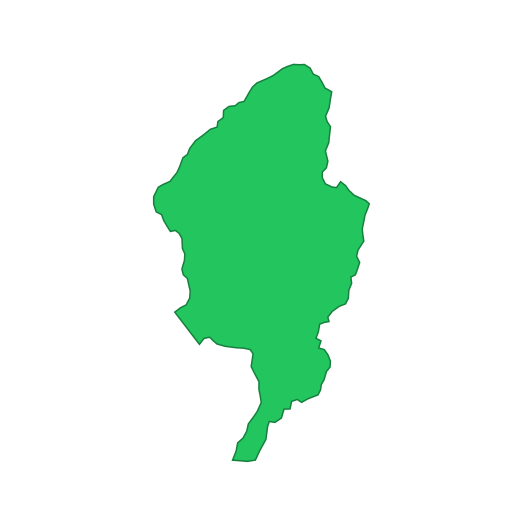 Ipeúna, São Paulo, Brazil, rotated 27°
{"feature_id": "56859067B44866208226492", "entity_name": "Ipeúna", "entity_type": "district", "adm_level": 2, "iso_a3": "BRA", "parent_name": "Brazil", "parent_adm1": "São Paulo", "projection": "natural_earth1", "projection_center": [-47.707, -22.435], "detail": "fine", "context": "isolated", "style": "filled", "palette": "green", "viewbox_px": 512, "rotation_deg": 27, "n_neighbors": 0, "source": "geoboundaries", "source_scale": "gbopen_adm2", "svg_char_len": 2050}
<svg xmlns="http://www.w3.org/2000/svg" viewBox="0 0 512 512"><g transform="rotate(27 256 256)"><path d="M327.8,448.6L334.9,445.6L341.6,442.9L348.1,438.1L347.7,428.3L348.1,415.0L346.0,409.0L343.7,402.5L343.0,397.4L348.4,395.7L352.2,388.9L350.5,379.7L355.8,376.8L353.7,369.4L357.9,365.1L363.1,365.7L366.9,359.9L370.0,356.4L374.3,351.6L374.3,346.0L372.6,341.1L372.8,335.2L371.2,326.8L372.4,321.4L370.0,315.8L364.8,311.3L359.3,308.4L353.6,309.5L352.4,302.1L346.8,302.1L346.0,295.3L343.7,287.8L347.2,284.0L350.8,281.3L347.7,277.8L349.1,270.7L353.1,262.9L357.5,258.0L357.5,251.8L354.3,244.5L353.6,236.9L350.1,231.7L353.1,227.7L352.4,221.8L351.3,214.7L345.7,210.5L344.2,204.3L345.3,193.8L341.5,188.5L338.4,183.7L336.5,176.8L334.5,169.8L334.0,163.3L333.2,158.0L328.7,156.8L321.9,157.1L315.7,157.3L308.9,155.3L303.8,152.6L297.6,151.4L296.7,158.5L292.4,160.0L285.0,160.2L279.6,156.2L277.0,151.1L278.7,145.5L277.0,138.9L270.1,130.8L269.4,122.1L266.6,114.9L263.7,107.0L258.3,103.9L254.5,99.9L253.9,90.9L251.1,82.4L248.9,75.3L241.2,75.0L236.2,71.4L230.4,67.7L224.5,68.0L218.9,64.0L212.2,63.4L208.0,65.8L202.4,68.3L197.7,73.1L194.4,77.3L189.5,87.2L184.9,93.4L178.3,101.3L176.2,107.0L175.7,112.4L175.2,123.7L171.2,127.0L169.2,131.6L164.0,135.0L161.0,141.0L164.0,147.5L161.0,153.4L162.8,158.8L157.8,163.8L153.9,172.6L149.8,180.6L148.1,190.2L148.8,196.7L146.3,201.5L147.4,210.8L147.7,217.6L146.5,223.2L145.5,228.6L140.6,234.6L137.7,239.1L137.9,249.6L141.3,256.3L147.1,262.0L153.1,262.0L157.6,266.2L162.4,269.3L168.6,273.0L172.6,269.8L177.4,270.8L182.1,274.1L187.1,282.8L191.6,286.4L194.2,292.3L195.9,301.3L199.7,305.7L205.1,307.2L209.2,312.2L213.3,317.1L216.0,323.6L216.0,331.2L212.2,336.4L209.1,342.9L245.7,360.4L247.1,353.0L251.6,349.4L256.5,351.0L261.3,352.1L269.4,350.5L274.2,348.8L280.1,346.7L286.7,343.8L293.3,342.0L297.8,344.5L301.9,356.7L309.2,362.1L315.7,366.6L319.2,373.6L322.8,378.1L327.2,384.2L327.7,394.0L326.9,400.0L325.4,409.1L327.3,416.4L327.1,424.1L324.5,430.8L326.9,439.0L327.8,448.6Z" fill="#22c55e" stroke="#15803d" stroke-width="1.5"/></g></svg>